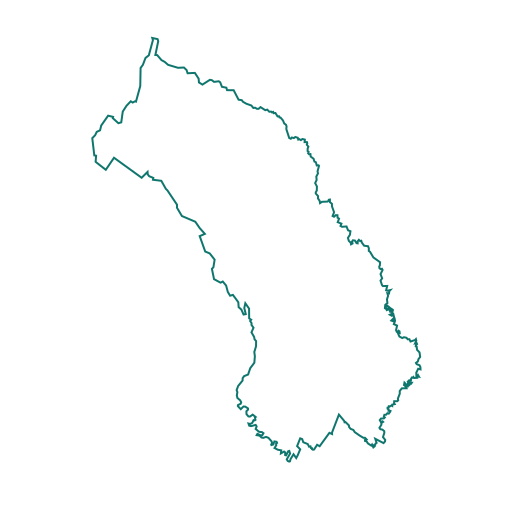 outline of Famallá, Tucumán, Argentina, rotated 10°
{"feature_id": "61730980B2044576725385", "entity_name": "Famallá", "entity_type": "district", "adm_level": 2, "iso_a3": "ARG", "parent_name": "Argentina", "parent_adm1": "Tucumán", "projection": "natural_earth1", "projection_center": [-65.4, -26.978], "detail": "fine", "context": "isolated", "style": "outline", "palette": "teal", "viewbox_px": 512, "rotation_deg": 10, "n_neighbors": 0, "source": "geoboundaries", "source_scale": "gbopen_adm2", "svg_char_len": 6119}
<svg xmlns="http://www.w3.org/2000/svg" viewBox="0 0 512 512"><g transform="rotate(10 256 256)"><path d="M81.7,191.1L93.1,197.2L99.1,183.9L129.8,198.8L134.6,192.0L135.2,194.4L137.0,196.0L141.3,196.9L141.3,198.8L149.7,198.4L155.6,205.6L157.3,206.7L169.3,219.2L169.8,222.2L176.1,229.5L190.3,232.8L195.6,238.2L201.8,243.1L197.1,246.2L205.2,260.4L210.0,261.5L215.9,266.8L216.0,274.5L214.8,276.3L218.7,286.1L225.7,288.4L227.7,286.9L231.7,290.3L234.5,296.3L237.4,299.6L240.0,298.3L246.6,304.6L247.8,309.4L250.9,311.3L253.9,315.8L256.0,315.0L253.5,309.3L253.7,304.4L258.3,309.0L260.1,318.6L262.3,319.6L261.5,321.0L263.3,322.9L263.5,324.6L266.0,327.1L264.8,332.0L268.2,336.0L269.0,338.2L270.9,339.8L271.7,345.0L271.0,350.8L272.3,355.0L272.9,361.4L269.8,367.5L268.8,374.1L265.1,376.4L264.1,378.6L264.4,381.0L261.0,387.1L260.2,391.4L261.3,393.3L261.3,396.5L262.3,399.0L265.5,400.9L266.8,402.6L266.6,404.1L264.1,406.0L264.2,407.0L267.6,409.5L269.8,406.4L271.6,406.2L274.6,407.5L274.8,408.7L273.5,410.6L274.1,413.4L276.4,415.3L277.9,415.2L280.3,412.8L283.6,414.6L283.0,415.2L283.9,417.5L283.2,418.2L282.1,418.1L281.3,421.0L279.5,422.4L277.7,422.3L278.8,424.3L280.7,424.4L285.0,422.4L286.2,423.7L285.7,426.4L289.5,428.6L292.5,428.4L294.1,429.2L293.3,431.4L291.8,431.8L288.3,430.9L287.8,432.3L290.7,432.3L292.9,433.8L294.8,433.8L297.3,432.4L299.8,432.9L303.5,435.8L304.4,437.5L303.7,439.0L304.0,439.5L305.8,438.6L306.3,435.4L308.5,435.4L309.2,436.4L308.4,437.3L308.8,438.9L307.6,441.9L311.2,443.0L314.6,443.0L314.8,446.1L317.6,443.7L318.8,444.3L319.3,447.0L320.3,447.1L321.6,442.7L322.6,442.2L323.9,444.6L321.6,450.9L322.8,452.3L324.4,452.7L325.1,452.3L325.3,450.0L327.4,444.7L330.7,448.0L331.7,444.9L333.1,438.7L329.5,436.1L331.2,427.9L333.3,428.3L334.9,431.2L339.6,432.2L341.4,434.6L342.7,434.0L343.5,435.6L344.6,435.6L344.7,436.5L345.8,436.9L346.8,436.5L349.0,431.3L351.7,432.3L359.0,417.4L361.8,418.1L361.5,416.8L365.2,397.8L371.5,403.1L372.1,404.4L373.0,404.0L376.9,406.7L377.5,408.4L379.2,409.8L382.1,410.4L383.8,412.3L389.4,414.9L393.3,416.4L394.9,416.1L396.7,417.4L395.2,418.3L395.6,419.3L397.1,419.3L398.7,421.1L402.4,422.7L403.0,421.5L404.8,424.1L405.9,422.8L405.2,421.7L406.2,421.3L406.2,420.0L407.2,419.1L405.2,415.3L414.1,418.1L415.2,416.3L415.2,414.7L412.5,412.3L413.1,407.9L412.7,406.2L410.6,405.0L408.5,405.0L407.4,403.8L408.8,400.4L408.4,398.8L410.0,397.3L409.3,396.8L407.6,397.6L406.4,396.1L407.3,394.4L410.2,393.7L410.9,392.6L409.8,391.9L410.0,390.1L411.7,389.7L412.7,388.0L414.1,388.2L415.3,385.9L415.3,385.2L413.4,385.4L413.3,384.2L412.1,383.6L411.9,382.5L413.0,382.1L412.9,380.9L414.1,380.8L415.3,379.7L416.2,380.0L416.0,378.7L418.3,377.8L417.5,376.9L417.3,375.0L420.3,374.5L421.1,373.5L420.5,371.7L421.5,366.7L421.0,364.0L422.6,361.0L427.3,360.1L426.9,359.0L424.2,357.4L424.2,354.9L425.9,356.1L426.0,357.5L426.9,357.1L426.7,358.2L428.2,358.0L427.9,355.7L429.5,356.4L430.0,354.9L430.9,354.9L431.4,353.8L428.8,354.2L427.4,353.3L428.3,352.0L429.2,352.8L429.4,351.8L430.2,351.7L430.0,350.1L430.6,348.6L431.5,348.7L432.0,347.8L432.9,348.7L436.1,347.9L436.2,346.4L437.4,346.5L436.3,345.2L435.9,346.4L434.8,346.4L434.1,343.1L435.3,338.9L437.7,339.1L437.2,336.9L436.0,335.2L433.0,334.6L432.1,333.5L433.7,331.7L433.9,329.4L435.2,326.9L433.8,322.6L430.8,320.3L430.0,317.4L429.0,317.2L429.0,316.0L429.9,314.8L429.3,313.9L427.8,314.5L428.6,311.7L427.9,310.1L427.3,311.1L423.0,313.4L421.5,311.3L419.9,311.7L418.4,310.4L415.8,310.3L414.3,311.4L411.2,310.4L409.1,307.3L409.3,306.1L409.8,307.0L410.9,307.0L410.4,305.3L409.7,305.0L407.7,306.1L406.8,304.7L407.0,300.0L403.6,299.2L404.2,295.7L403.7,294.4L402.3,296.4L400.5,296.1L402.8,292.7L401.4,289.5L400.2,291.3L398.1,290.6L399.7,289.5L400.2,285.7L399.6,285.6L397.9,287.6L396.7,285.8L399.3,285.6L399.6,285.0L396.6,283.7L395.6,285.7L394.2,286.5L393.9,285.5L395.4,284.3L395.8,283.1L394.0,282.2L392.9,283.2L392.7,285.3L392.0,285.0L391.8,281.6L393.6,279.6L392.5,275.9L393.0,272.3L391.8,269.8L393.5,269.8L393.4,267.5L394.2,266.2L391.4,267.4L390.1,267.2L390.4,262.7L386.2,263.6L385.1,262.7L382.9,258.6L384.1,256.1L381.8,252.2L383.1,247.8L382.3,246.7L381.1,247.3L379.7,246.6L379.2,244.9L379.6,243.8L379.3,240.6L371.8,237.0L367.6,232.1L366.2,231.4L365.8,228.8L364.6,226.9L360.7,227.1L357.9,224.4L357.0,222.7L355.9,223.2L354.5,222.2L353.6,223.8L353.9,225.9L352.8,225.9L350.7,223.6L348.7,223.7L348.1,225.0L348.9,226.9L347.6,228.0L346.9,226.4L344.8,225.0L343.4,222.2L344.8,218.8L344.7,215.2L342.2,214.7L340.0,211.2L335.6,212.3L334.0,211.7L334.5,209.3L330.6,208.5L331.3,204.8L329.7,204.1L329.1,201.7L327.4,202.0L326.0,203.8L324.5,203.3L325.3,199.4L322.2,193.9L321.7,191.4L319.4,190.1L319.0,187.6L317.9,188.0L317.9,189.0L316.9,190.0L311.5,191.2L309.9,192.8L309.0,190.5L307.1,188.6L306.7,186.2L304.0,184.1L303.8,182.9L304.5,180.9L303.9,176.9L301.6,173.9L302.5,170.6L301.6,167.3L302.7,163.9L301.9,161.9L302.4,156.3L301.8,155.8L300.1,156.3L298.7,153.3L297.1,152.8L295.8,150.2L292.6,148.6L291.9,146.2L290.6,146.6L289.5,145.8L289.8,144.4L288.6,143.7L288.2,141.3L288.6,139.2L286.7,137.6L286.9,136.0L286.4,135.0L284.1,135.4L283.9,132.9L281.4,132.7L280.1,134.1L278.3,133.4L277.4,134.0L276.6,132.3L274.0,132.0L272.8,133.3L270.7,133.1L269.9,134.5L268.2,134.0L263.8,125.7L263.6,123.1L262.7,121.5L260.8,120.6L259.1,117.9L256.1,115.4L255.1,115.5L254.4,114.4L253.0,114.8L250.3,111.8L248.6,112.3L247.9,111.1L246.8,111.8L246.1,111.2L244.0,111.6L241.7,109.9L239.8,110.8L234.6,108.6L233.0,110.6L231.4,110.9L229.3,110.1L227.7,110.7L225.3,108.6L220.0,107.7L216.4,106.4L214.9,105.0L211.7,105.1L205.2,96.6L198.7,97.7L197.6,95.4L193.1,95.3L190.6,91.2L189.0,90.4L184.4,91.8L182.0,90.5L180.0,90.5L173.5,96.5L169.7,95.0L168.7,91.3L164.0,86.3L156.9,87.9L155.3,84.9L152.3,82.9L146.5,84.2L136.2,83.0L132.4,80.7L128.9,79.5L123.8,75.3L122.0,75.5L122.4,61.4L121.4,59.5L116.0,59.3L117.0,61.3L115.6,77.0L112.8,80.1L111.4,87.4L109.7,90.9L112.5,108.7L111.0,124.8L110.1,124.6L107.9,126.3L105.8,125.4L102.4,130.5L99.7,136.9L100.1,147.8L97.4,149.1L91.0,145.1L91.1,143.8L86.0,143.5L80.9,154.4L80.6,159.3L77.6,161.4L76.6,165.0L74.3,168.4L79.3,185.0L81.1,185.0L81.7,191.1Z" fill="none" stroke="#0f766e" stroke-width="2"/></g></svg>